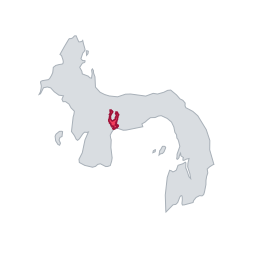 location of Natá, Coclé, Panama, rotated 30°
{"feature_id": "35544464B34779473724765", "entity_name": "Natá", "entity_type": "district", "adm_level": 2, "iso_a3": "PAN", "parent_name": "Panama", "parent_adm1": "Coclé", "projection": "equal_earth", "projection_center": [-80.564, 8.407], "detail": "fine", "context": "in_parent", "style": "filled", "palette": "rose", "viewbox_px": 256, "rotation_deg": 30, "n_neighbors": 0, "source": "geoboundaries", "source_scale": "gbopen_adm2", "svg_char_len": 6341}
<svg xmlns="http://www.w3.org/2000/svg" viewBox="0 0 256 256"><g transform="rotate(30 128 128)"><path d="M220.6,116.6L220.0,117.2L218.1,120.8L217.1,123.9L219.6,127.1L220.3,130.6L221.7,134.3L223.8,138.1L226.2,145.1L226.8,147.9L226.1,149.7L223.8,150.8L221.7,154.1L221.1,158.1L221.6,160.0L215.2,166.4L213.6,167.5L212.5,166.5L211.1,163.3L209.5,160.7L208.6,159.8L208.1,159.8L207.6,160.4L207.4,161.8L208.3,167.7L207.6,170.2L205.4,172.0L202.9,181.8L202.0,180.6L193.8,167.4L186.7,151.2L185.2,143.8L187.1,143.4L188.8,143.6L189.8,142.4L190.9,140.3L190.0,135.3L193.4,131.5L194.7,129.0L195.6,129.3L197.9,133.6L201.1,136.1L205.1,139.7L207.6,140.5L204.5,136.7L199.1,131.8L197.5,128.5L196.1,123.9L194.0,125.9L193.0,127.6L191.9,128.5L191.0,127.4L190.8,125.9L187.6,125.6L186.8,124.3L186.0,123.5L186.3,126.4L187.0,128.1L186.6,130.3L185.6,130.4L184.7,128.2L183.6,126.2L182.1,118.0L178.4,114.1L176.8,112.8L175.4,112.3L173.4,109.6L170.7,108.2L167.1,104.1L162.7,101.1L157.2,100.1L150.6,100.7L148.4,102.4L146.9,104.5L146.2,105.4L142.3,107.8L140.8,111.3L139.9,114.2L138.0,117.5L140.2,119.5L127.5,130.7L125.0,132.3L119.3,133.4L118.0,134.6L116.2,136.9L116.0,140.2L116.2,143.1L117.9,145.3L119.4,146.7L122.9,153.4L129.2,161.8L130.4,164.9L131.4,169.4L129.5,171.6L128.0,172.5L122.0,172.8L120.0,174.6L119.1,177.4L116.9,179.7L109.2,182.0L103.1,182.2L101.2,179.6L100.8,172.3L96.7,159.8L95.7,151.2L94.7,152.3L92.5,153.3L91.8,155.4L91.3,161.7L90.5,163.9L88.8,163.7L85.4,161.4L80.8,159.3L75.0,145.9L74.4,143.4L73.2,140.3L68.7,139.1L64.9,136.8L60.7,136.4L58.6,137.7L56.4,136.1L56.0,132.4L51.7,134.1L46.0,133.5L41.0,131.9L37.6,132.8L34.7,135.4L35.1,142.1L34.2,143.4L34.1,140.7L33.1,137.5L31.9,134.9L29.4,132.2L29.2,131.2L30.2,129.8L34.9,125.9L35.4,124.3L35.5,120.9L35.1,117.6L33.0,112.8L34.2,109.9L36.6,107.5L39.0,105.6L39.4,104.8L39.0,103.2L37.6,101.5L34.2,98.5L32.3,98.3L32.2,89.7L32.3,80.6L32.8,79.7L34.0,79.1L35.0,77.7L35.6,75.0L37.0,74.1L39.6,76.1L42.3,78.0L43.4,77.4L44.3,76.5L44.9,75.6L45.0,74.8L47.2,77.2L51.6,81.5L51.8,83.6L51.4,85.7L52.6,91.5L54.9,92.3L57.1,91.2L57.7,92.3L57.3,93.4L56.1,94.6L55.8,99.6L59.6,101.9L61.4,104.0L67.6,103.0L69.9,103.6L71.5,103.0L69.8,98.9L67.5,96.0L67.6,94.6L69.4,95.6L70.7,97.6L73.8,100.2L79.4,108.9L85.9,111.0L91.0,110.7L95.8,109.6L103.4,106.2L108.9,100.0L113.2,97.3L127.4,91.5L132.5,85.4L134.6,84.6L136.6,83.8L141.1,79.2L143.5,75.6L146.0,73.8L153.5,75.1L158.4,76.8L161.7,76.6L165.0,77.8L166.4,80.4L167.9,81.5L175.8,81.2L182.3,82.5L196.6,90.3L205.1,97.9L209.7,106.1L220.6,116.6ZM77.4,177.1L75.6,177.3L71.8,175.3L69.0,171.6L68.8,170.3L68.8,169.1L70.3,165.2L72.4,163.9L73.2,163.9L75.1,168.4L73.8,170.1L74.3,172.9L77.1,174.9L77.4,177.1ZM169.1,134.1L168.4,136.0L166.8,131.7L167.1,130.6L167.0,126.7L168.5,125.7L169.6,125.6L170.5,126.2L171.1,130.7L170.6,132.8L169.1,134.1ZM56.2,83.7L55.8,85.8L53.2,82.0L54.8,81.3L55.3,81.4L56.2,83.7ZM163.4,135.0L161.9,137.0L161.3,135.1L162.4,133.1L162.7,133.1L163.4,135.0Z" fill="#d9dde1" stroke="#a8b0b8" stroke-width="1"/><path d="M115.8,136.3L116.0,136.4L116.2,136.1L116.4,136.0L116.4,135.8L116.5,135.8L116.7,135.6L116.6,135.4L116.7,135.2L116.8,135.1L117.0,135.0L117.0,134.9L117.1,134.7L117.2,134.3L117.2,134.2L117.3,134.1L117.5,133.9L117.7,133.6L117.8,133.4L118.1,133.3L118.4,133.3L118.4,132.9L118.3,132.5L118.3,132.2L118.6,131.8L118.7,131.6L118.6,131.4L118.4,131.4L118.4,131.5L118.3,131.8L118.2,131.9L118.2,131.7L118.1,131.4L118.1,131.2L118.3,130.8L118.0,130.6L117.9,130.6L118.0,130.7L117.9,130.8L117.8,131.0L117.8,130.9L117.7,130.7L117.6,130.8L117.7,131.1L117.6,130.9L117.5,131.0L117.5,131.3L117.4,131.3L117.4,131.2L117.2,131.0L117.1,131.3L117.0,131.1L116.9,131.2L116.6,131.0L116.4,131.3L116.3,131.6L116.0,131.7L115.9,131.7L115.7,131.8L115.7,131.7L115.8,131.6L115.8,131.4L115.7,131.4L115.7,131.2L115.4,131.0L115.4,130.9L115.5,130.8L115.5,130.6L115.4,130.5L115.4,130.4L115.6,130.2L115.6,129.9L115.4,129.9L115.3,130.0L115.3,129.9L115.3,129.7L115.3,129.3L115.2,129.2L115.2,128.9L114.9,129.0L115.0,128.7L114.8,128.3L114.7,128.3L114.7,128.2L114.8,128.1L114.7,128.0L114.7,127.9L114.8,127.8L114.9,127.7L114.8,127.3L114.7,127.1L114.7,126.9L114.6,126.6L114.6,126.4L114.6,126.2L114.6,125.8L114.5,125.6L114.2,125.2L114.1,124.8L113.9,124.2L113.9,123.9L113.7,123.6L113.7,123.4L113.6,123.2L113.5,122.9L113.4,122.9L113.3,122.4L113.3,121.9L113.4,121.5L113.4,121.4L113.4,121.2L113.0,121.0L112.8,121.0L112.7,120.8L112.1,120.9L112.0,120.7L111.8,120.6L111.7,120.5L111.5,120.2L111.3,120.3L111.2,120.4L110.9,120.3L110.9,120.2L110.8,119.9L110.7,119.9L110.6,119.7L110.4,119.8L110.1,119.9L109.9,120.1L109.7,120.1L109.9,120.7L109.9,121.5L110.0,121.5L110.4,121.7L110.4,121.9L110.6,121.9L110.6,122.0L110.8,122.0L111.6,123.0L111.9,123.3L111.8,124.8L112.2,124.8L112.2,125.4L112.1,125.7L112.2,126.0L112.3,126.0L112.4,126.3L112.5,126.4L112.6,126.5L112.7,126.8L111.8,128.0L111.9,128.4L110.8,129.9L108.4,129.0L107.8,127.8L107.3,127.7L106.8,126.0L106.6,124.7L106.8,121.8L106.6,121.4L106.2,121.5L105.9,121.5L105.7,121.4L105.4,121.3L105.2,121.3L105.2,121.2L105.0,121.3L104.7,121.1L104.2,120.8L103.9,121.2L103.8,121.4L103.6,121.5L103.8,121.7L103.9,121.9L103.9,122.1L104.0,122.2L104.0,122.3L104.3,122.4L104.4,122.5L104.5,122.7L104.5,122.8L104.7,123.1L104.9,123.3L105.0,123.4L105.1,123.6L105.2,123.8L105.2,125.0L105.3,124.9L105.4,125.0L105.6,125.2L105.7,125.3L105.8,125.4L105.8,125.6L106.0,125.7L106.0,125.8L106.2,126.0L106.1,126.3L106.2,126.5L106.1,126.8L106.3,127.0L106.2,127.1L107.2,129.6L107.1,129.9L107.2,130.1L107.2,130.3L107.2,130.5L107.3,130.6L107.4,130.8L107.5,131.0L107.8,131.2L107.8,131.3L107.9,131.5L108.0,131.7L108.7,132.0L108.9,132.0L109.0,132.1L109.3,132.2L109.4,132.3L109.4,132.5L109.6,132.5L109.8,132.7L109.8,132.8L110.0,132.7L110.2,132.8L110.3,132.7L110.5,132.7L110.6,132.9L110.8,133.0L111.0,133.0L111.1,133.3L111.2,133.6L111.3,133.6L111.5,133.7L111.6,133.8L111.6,133.7L111.6,133.8L111.8,133.9L111.8,134.0L112.0,134.2L112.1,134.3L112.2,134.2L112.3,134.2L112.5,134.2L112.7,134.3L112.7,134.2L112.8,134.2L112.8,134.3L113.0,134.5L113.0,134.4L113.3,134.3L113.3,134.2L113.5,134.1L113.8,134.1L114.0,134.1L114.3,134.0L114.3,133.8L114.5,133.8L114.8,133.9L114.8,134.0L115.0,134.0L115.2,134.3L115.1,134.5L115.1,134.8L115.2,135.0L115.3,135.0L115.2,135.1L115.0,135.3L115.1,135.5L114.9,135.5L115.0,135.8L115.2,135.6L115.3,135.8L115.5,135.7L115.6,135.8L115.7,136.0L115.8,136.3Z" fill="#f43f5e" stroke="#9f1239" stroke-width="1.5"/></g></svg>